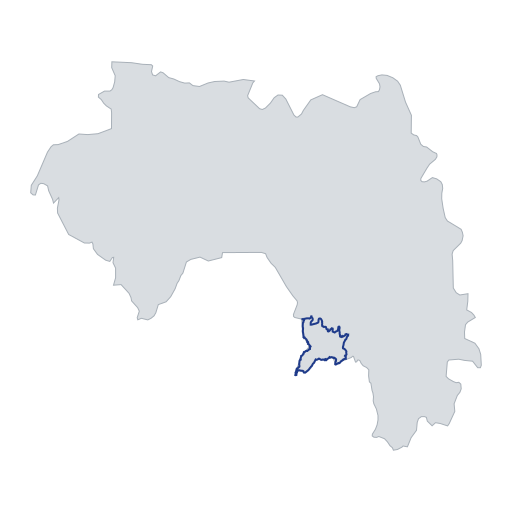 Gueckedou, Guéckédou, Guinea shown in context
{"feature_id": "49546643B20526276358370", "entity_name": "Gueckedou", "entity_type": "district", "adm_level": 2, "iso_a3": "GIN", "parent_name": "Guinea", "parent_adm1": "Guéckédou", "projection": "natural_earth1", "projection_center": [-10.315, 8.69], "detail": "fine", "context": "in_parent", "style": "outline", "palette": "blue", "viewbox_px": 512, "rotation_deg": 0, "n_neighbors": 0, "source": "geoboundaries", "source_scale": "gbopen_adm2", "svg_char_len": 9003}
<svg xmlns="http://www.w3.org/2000/svg" viewBox="0 0 512 512"><path d="M322.0,359.9L317.3,359.2L315.2,360.2L308.9,368.7L305.2,372.0L299.4,370.9L297.3,371.5L295.7,370.6L297.9,365.9L300.9,356.7L308.5,347.5L308.7,345.5L305.5,340.1L302.3,332.7L302.2,324.8L301.6,319.1L294.8,317.5L293.6,316.5L293.4,314.6L297.2,304.7L297.5,302.7L297.1,300.9L292.9,295.9L286.4,286.6L275.3,267.4L271.1,263.3L267.1,257.5L265.6,253.7L261.4,252.4L222.5,252.6L221.7,257.6L208.3,261.0L200.0,257.1L190.8,259.4L186.4,262.0L182.9,273.1L180.9,275.5L178.9,280.6L177.1,283.3L175.1,288.8L170.7,296.7L166.1,301.8L158.3,304.6L155.8,312.8L154.0,315.9L151.0,318.3L147.8,319.9L141.4,318.3L137.8,319.8L137.2,317.7L139.3,311.2L137.7,307.7L131.6,300.9L131.0,297.6L129.1,293.4L121.1,284.6L113.5,285.2L115.6,277.8L115.6,268.1L113.0,262.7L113.7,257.3L112.3,257.6L109.8,261.4L105.7,260.2L97.5,254.4L93.4,248.7L92.9,244.0L92.0,242.1L89.5,243.1L84.4,243.0L68.7,234.5L57.6,213.0L57.4,208.2L59.0,199.9L58.7,197.6L53.5,203.1L52.6,199.4L48.7,190.8L47.6,185.9L43.8,183.7L40.8,183.3L38.5,184.9L35.4,195.0L33.1,194.9L30.7,192.8L31.3,185.3L37.3,175.9L47.5,152.1L51.1,146.7L53.4,144.8L58.2,144.6L67.5,141.4L78.9,134.0L87.7,134.6L98.0,133.7L111.5,128.6L111.6,112.7L111.2,109.1L106.4,105.9L103.7,103.2L101.3,99.6L98.4,97.1L98.5,94.5L104.5,91.1L109.9,91.1L111.8,89.8L113.1,87.6L114.7,81.8L115.2,75.7L111.7,67.6L111.9,61.8L131.6,62.7L142.4,64.3L151.3,64.7L152.7,66.0L151.5,71.6L152.6,74.9L155.6,75.8L160.6,71.9L163.1,72.8L168.7,77.6L173.8,79.0L179.4,81.6L184.7,83.1L189.4,82.9L192.9,85.6L199.5,86.5L208.0,83.0L214.7,81.5L224.1,81.1L229.0,82.2L243.3,79.5L254.5,81.0L252.8,82.9L247.6,95.7L248.2,97.9L259.6,108.7L262.3,109.5L265.5,108.0L270.4,103.1L274.2,97.7L278.0,95.0L282.3,95.2L285.8,99.0L293.9,115.0L296.0,117.0L297.9,117.0L301.5,114.0L303.3,110.5L310.8,99.9L322.5,94.7L350.2,106.8L354.3,107.7L356.7,106.8L360.1,99.6L370.6,93.5L375.5,91.8L378.4,91.6L379.5,89.7L380.0,86.8L379.5,83.8L376.2,78.3L376.1,76.7L378.0,75.7L381.9,74.9L387.1,75.4L392.9,77.8L397.6,81.2L400.3,85.2L405.5,102.1L411.4,115.3L411.2,133.1L413.7,134.9L416.6,135.6L417.9,137.0L420.8,144.3L423.4,146.5L426.6,147.0L432.6,151.7L436.5,153.5L437.0,154.9L436.9,156.8L435.4,159.3L429.6,164.2L426.8,168.4L420.9,178.4L420.7,180.3L422.0,181.7L424.4,181.9L427.0,181.2L432.4,177.6L436.7,178.9L440.8,181.7L442.3,184.6L442.7,188.4L441.8,193.3L441.7,198.8L443.1,208.2L445.2,217.6L447.4,221.0L461.1,229.3L462.4,232.3L463.1,235.8L462.1,240.6L460.7,243.2L453.2,250.6L452.1,254.1L452.7,260.6L453.3,288.0L456.2,292.7L459.8,295.0L468.0,293.7L467.8,301.3L466.7,309.9L471.5,312.5L473.9,315.1L475.3,317.5L467.7,322.1L465.5,324.7L464.5,331.9L464.7,338.5L474.9,343.2L478.9,348.7L480.7,354.4L481.3,365.2L480.4,367.7L477.7,367.7L472.6,361.2L464.6,360.4L458.7,359.2L448.9,360.0L447.3,362.0L446.1,376.4L448.5,378.8L453.2,381.5L456.2,382.7L458.8,382.3L460.8,384.1L461.2,388.8L459.9,392.3L457.3,395.5L454.1,403.8L454.8,411.4L449.2,423.6L447.6,425.9L440.3,423.5L435.5,422.7L432.1,425.8L427.3,421.1L426.4,417.4L424.6,416.6L421.4,416.6L418.5,418.7L417.2,422.5L416.5,430.3L411.1,437.7L407.4,446.8L403.0,446.0L402.0,447.1L397.4,449.5L393.4,450.2L392.4,447.7L390.0,445.7L387.4,441.8L384.5,438.7L378.8,436.5L376.6,437.4L373.9,437.2L372.2,435.9L372.4,434.1L375.4,429.3L377.1,424.9L378.0,420.0L378.0,415.5L376.4,409.0L373.9,403.9L373.2,400.9L373.5,396.7L372.9,392.8L372.1,390.7L370.9,383.2L369.4,381.9L368.6,375.9L368.8,369.8L366.6,367.5L363.2,365.8L361.2,363.4L359.9,360.7L358.7,360.0L357.6,360.1L356.7,361.8L355.5,362.1L353.5,356.4L352.7,356.2L351.3,357.5L335.4,363.8L333.3,358.4L330.3,357.5L325.1,359.6L322.0,359.9Z" fill="#d9dde1" stroke="#a8b0b8" stroke-width="1"/><path d="M302.6,319.1L303.0,319.4L303.5,320.2L303.6,320.7L303.5,321.0L303.4,322.1L303.4,322.3L303.1,322.6L303.0,322.8L302.9,323.1L302.8,324.6L302.7,325.2L302.8,325.9L302.7,326.2L302.9,327.7L303.1,328.1L303.0,328.5L303.0,329.3L303.0,329.8L302.8,331.1L302.9,331.4L303.0,332.2L303.4,334.7L303.3,335.1L303.6,336.0L303.5,336.3L303.4,337.2L303.6,337.4L303.8,337.4L303.9,337.5L304.0,337.7L304.3,337.4L304.6,337.4L304.9,338.0L306.5,339.5L307.0,340.6L307.1,340.8L307.2,341.7L307.3,342.0L308.0,341.9L308.1,342.1L307.6,342.5L308.0,343.0L308.3,343.5L308.1,344.0L309.1,344.5L309.7,345.4L309.8,346.0L310.2,346.0L310.6,346.4L310.0,347.5L309.8,348.0L310.0,348.4L310.0,348.9L309.9,348.9L309.8,349.0L308.8,349.5L308.7,349.8L308.6,350.0L307.8,350.5L307.6,350.6L307.3,351.0L307.1,351.0L306.8,350.8L306.0,350.9L305.6,351.3L305.1,351.6L304.7,352.0L304.3,352.0L304.1,351.9L303.9,352.0L303.7,352.4L303.7,353.5L303.6,353.8L303.2,353.9L302.9,354.3L302.5,355.3L302.3,355.4L302.1,355.6L301.5,355.8L301.2,355.9L301.2,356.3L301.1,356.6L300.8,357.6L300.7,358.0L300.6,358.5L300.8,359.2L300.7,359.5L300.5,359.4L300.3,359.3L300.2,359.4L300.2,359.8L300.2,360.1L300.0,360.3L299.7,360.4L299.6,360.5L299.5,361.1L299.5,361.6L299.4,361.9L299.4,362.0L299.4,362.8L299.4,363.0L299.1,364.2L299.3,364.8L299.4,365.9L299.4,366.7L299.3,366.8L299.1,367.0L298.6,367.2L298.4,367.7L298.0,368.0L297.0,368.5L296.7,368.8L296.6,369.2L296.5,369.7L296.4,370.3L296.4,370.7L296.1,371.3L295.5,372.7L295.7,374.3L295.4,374.6L295.3,375.1L295.6,375.2L296.1,375.1L296.4,375.0L296.5,373.5L296.6,373.1L296.6,372.8L296.7,372.7L297.0,372.5L297.2,371.5L298.1,370.2L298.4,370.2L298.7,370.2L299.1,370.2L300.6,370.6L302.8,370.8L303.4,371.2L303.7,372.3L303.8,372.5L304.6,372.6L305.0,372.7L305.4,372.5L306.3,371.8L307.4,370.9L308.0,370.5L309.3,369.1L309.7,368.3L310.1,367.9L310.5,367.6L310.8,367.0L310.9,366.8L311.0,366.7L311.6,366.3L312.0,365.7L312.9,363.8L313.1,363.6L313.3,363.4L313.8,363.1L314.2,362.5L314.3,362.4L314.7,361.3L315.2,360.6L315.3,360.2L315.5,359.7L315.7,359.4L316.5,359.8L317.0,359.7L317.7,359.4L318.1,359.1L318.3,359.0L318.8,358.8L319.0,358.6L319.3,358.8L319.6,358.9L320.8,359.7L321.6,359.9L321.8,359.9L322.3,359.5L322.8,359.5L323.3,359.7L323.9,359.5L324.1,359.5L324.3,359.5L324.5,359.8L325.0,359.2L325.3,359.1L325.3,359.4L325.2,359.9L325.2,360.0L325.3,360.2L326.0,360.2L326.3,360.2L326.6,359.8L326.9,359.4L327.1,359.3L327.5,358.9L328.0,358.6L328.9,357.9L329.2,357.8L329.3,357.8L329.4,357.2L329.6,357.0L330.4,357.5L330.6,357.3L330.9,357.3L331.3,357.1L331.6,357.1L331.9,357.2L332.2,357.3L332.7,357.4L333.2,357.8L333.6,357.6L334.0,357.6L334.4,357.8L334.5,358.1L334.5,358.3L334.9,358.4L335.3,358.4L335.6,358.7L336.0,359.2L336.1,359.3L336.1,359.6L335.9,361.2L335.9,361.3L335.8,361.5L335.5,362.0L335.4,362.6L335.2,363.9L335.2,364.0L335.2,364.3L335.5,364.5L335.9,364.5L337.0,363.8L337.6,363.7L337.9,363.6L338.3,363.0L338.5,363.0L338.9,363.2L339.1,363.2L339.3,363.2L339.6,363.0L340.0,362.6L340.6,361.9L340.7,361.7L340.9,361.3L341.5,361.1L342.1,360.5L342.7,360.0L343.0,360.0L343.1,359.8L343.3,359.4L344.3,359.0L345.7,358.8L345.8,358.8L345.8,358.4L345.7,358.0L345.6,357.7L345.9,357.0L345.7,356.5L345.4,356.3L344.9,355.9L345.1,355.5L345.6,355.3L346.2,355.0L346.5,354.4L346.3,353.3L346.2,352.2L346.4,351.7L346.3,351.2L345.8,350.4L345.4,349.9L344.9,349.4L344.7,349.1L344.1,348.7L343.4,348.6L343.0,348.3L342.9,347.4L343.0,346.7L343.4,345.4L343.6,344.4L343.7,343.6L343.9,342.5L344.4,341.7L345.0,340.5L345.3,339.7L345.7,339.6L346.4,338.8L346.7,337.6L346.9,337.1L347.2,336.6L347.7,335.9L348.1,335.7L348.2,335.0L348.2,334.9L348.0,335.0L347.9,334.9L347.5,334.8L347.1,334.5L346.7,334.0L345.5,334.3L345.4,335.0L345.2,335.3L344.6,335.6L343.9,336.1L343.1,336.5L342.9,336.3L342.2,336.8L341.9,336.1L341.4,336.5L341.0,336.9L340.3,336.7L340.0,336.2L340.0,335.5L339.9,334.5L339.6,333.9L339.6,333.4L339.7,332.9L339.6,332.0L339.4,331.2L339.3,330.4L339.2,329.7L339.5,328.8L339.6,327.4L339.3,326.7L338.7,326.7L338.3,327.1L338.3,327.7L338.3,328.3L338.1,328.8L338.0,329.4L337.7,330.1L337.6,330.6L337.3,330.9L336.6,331.3L335.7,331.6L335.0,332.2L334.7,332.5L334.2,332.3L333.6,332.0L333.0,331.8L332.7,331.6L332.6,331.0L332.6,330.3L332.7,329.7L332.8,329.0L332.6,328.5L332.1,328.4L331.7,328.3L331.6,328.5L331.4,328.7L331.0,329.1L330.4,329.3L330.2,329.8L329.8,330.5L329.3,331.0L328.9,331.3L328.3,331.5L327.9,331.3L327.9,330.8L328.0,330.1L327.8,329.3L327.4,329.3L326.7,329.3L326.4,328.9L326.3,328.3L326.1,327.6L325.9,327.0L325.5,326.8L325.1,326.8L324.3,326.9L323.9,327.0L323.6,326.6L323.2,326.4L322.6,326.4L322.3,326.2L322.2,325.4L322.0,325.0L322.1,324.4L322.2,323.8L322.2,323.0L322.1,322.5L322.0,322.1L322.2,321.7L322.0,321.1L321.9,320.6L321.4,319.7L321.0,319.0L320.3,318.5L319.3,318.5L318.9,318.9L318.6,319.5L318.6,320.0L318.5,320.3L318.5,321.1L318.4,321.8L318.3,322.3L317.9,322.7L317.2,323.0L316.8,323.1L316.4,323.3L315.9,323.6L315.5,323.6L314.8,323.8L314.1,324.0L313.7,324.1L313.3,324.1L312.9,324.3L312.5,324.4L312.2,324.5L311.9,324.5L311.5,324.7L310.7,324.7L310.7,323.3L310.7,322.7L310.9,322.1L311.4,321.3L312.1,320.7L312.6,320.1L312.7,319.8L312.7,319.4L312.7,318.9L312.5,318.2L312.0,317.7L311.6,316.9L311.5,316.6L311.5,316.1L311.5,315.5L311.2,316.5L310.7,317.5L310.1,318.3L309.4,318.6L308.7,318.3L307.0,318.3L306.0,318.5L305.5,318.6L304.9,318.7L304.3,319.3L304.2,319.7L303.7,319.3L303.1,318.9L302.6,319.1Z" fill="none" stroke="#1e3a8a" stroke-width="2"/></svg>